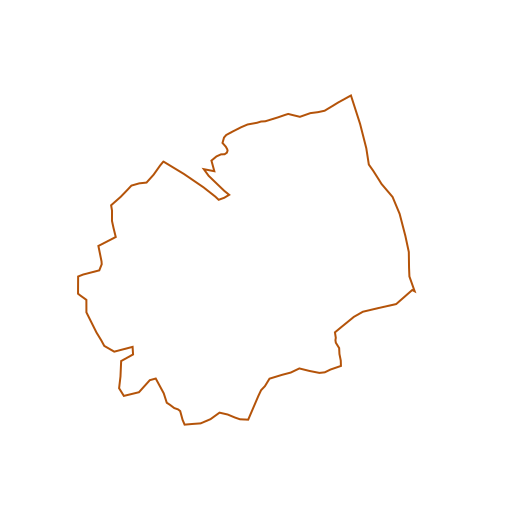 Kifri, Diyala, Iraq (Robinson projection), rotated 199°
{"feature_id": "34846034B3098543652793", "entity_name": "Kifri", "entity_type": "district", "adm_level": 2, "iso_a3": "IRQ", "parent_name": "Iraq", "parent_adm1": "Diyala", "projection": "robinson", "projection_center": [44.994, 34.558], "detail": "fine", "context": "isolated", "style": "outline", "palette": "amber", "viewbox_px": 512, "rotation_deg": 199, "n_neighbors": 0, "source": "geoboundaries", "source_scale": "gbopen_adm2", "svg_char_len": 1788}
<svg xmlns="http://www.w3.org/2000/svg" viewBox="0 0 512 512"><g transform="rotate(199 256 256)"><path d="M218.5,438.7L228.1,428.1L238.4,415.7L244.2,412.2L251.1,408.8L259.8,401.9L267.2,401.2L271.8,400.8L274.4,398.9L280.4,394.2L291.1,386.4L295.0,384.8L298.4,382.3L306.8,377.6L312.0,372.9L318.3,366.4L323.5,360.8L324.8,357.6L324.5,352.0L320.1,349.5L318.0,347.6L317.2,346.4L317.2,344.2L318.8,342.0L322.2,340.7L325.8,337.3L329.2,331.7L323.0,322.6L333.6,321.1L326.9,316.4L307.3,307.3L301.3,305.1L305.0,300.7L309.6,297.0L313.8,298.9L328.2,303.9L350.9,310.1L374.0,315.1L374.3,315.1L374.6,314.4L376.1,310.4L379.3,299.5L383.2,290.3L383.4,289.8L383.8,289.6L390.0,286.7L396.3,282.3L396.7,282.0L396.9,281.6L399.1,276.7L403.2,267.9L409.0,257.7L409.5,256.8L406.9,252.0L403.6,242.3L399.9,236.2L394.8,228.3L408.3,214.2L400.3,200.6L399.2,198.0L399.5,191.4L413.4,182.2L417.5,178.7L412.0,162.4L409.4,161.5L402.1,159.3L398.0,147.5L381.9,131.7L375.0,126.0L370.2,121.6L358.9,119.4L343.1,129.9L340.2,122.9L349.3,112.8L344.9,97.9L342.4,86.4L335.4,80.7L322.3,89.1L316.0,104.0L310.9,107.5L298.5,96.1L292.6,88.2L289.0,87.3L283.8,85.6L279.8,85.6L277.2,84.7L272.1,77.2L268.6,73.3L261.4,76.5L253.9,79.7L245.9,86.9L239.5,96.0L231.2,96.9L223.3,96.4L218.0,96.4L210.1,98.7L209.0,113.6L208.2,124.5L207.5,130.8L205.8,134.5L205.2,135.8L203.3,144.4L192.7,152.1L185.2,157.1L178.4,163.8L168.2,164.7L158.0,166.1L153.1,168.4L148.6,172.9L139.9,179.7L141.8,184.7L145.2,190.5L147.4,196.0L152.3,200.0L153.5,202.3L153.9,204.6L156.5,209.5L152.3,216.4L143.6,230.4L136.8,238.1L123.2,246.7L107.8,256.2L97.2,274.7L94.5,274.3L104.3,286.6L107.5,294.8L112.8,309.5L121.3,323.6L133.9,342.6L146.1,356.3L160.8,365.0L164.2,367.8L173.0,374.8L179.1,379.2L186.8,393.8L200.6,414.8L218.5,438.7Z" fill="none" stroke="#b45309" stroke-width="2"/></g></svg>